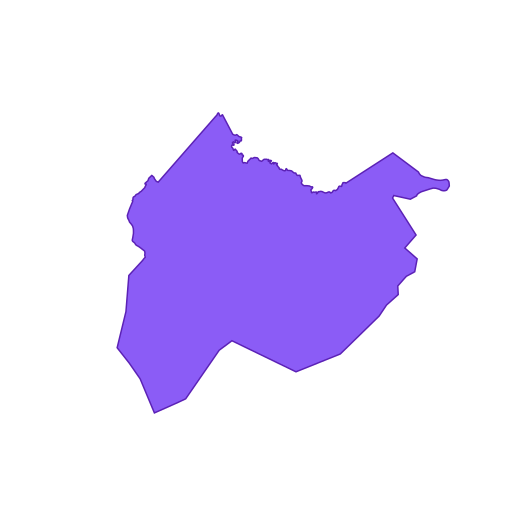 Choloma, Cortés, Honduras, rotated 312°
{"feature_id": "27666195B9794587356195", "entity_name": "Choloma", "entity_type": "district", "adm_level": 2, "iso_a3": "HND", "parent_name": "Honduras", "parent_adm1": "Cortés", "projection": "orthographic", "projection_center": [-87.878, 15.648], "detail": "fine", "context": "isolated", "style": "filled", "palette": "violet", "viewbox_px": 512, "rotation_deg": 312, "n_neighbors": 0, "source": "geoboundaries", "source_scale": "gbopen_adm2", "svg_char_len": 6010}
<svg xmlns="http://www.w3.org/2000/svg" viewBox="0 0 512 512"><g transform="rotate(312 256 256)"><path d="M350.5,384.5L361.7,377.7L361.5,361.2L378.7,360.9L390.4,318.8L390.8,318.5L392.1,318.3L393.1,317.9L401.5,332.7L408.1,335.1L409.3,334.7L410.3,334.7L411.8,335.0L413.7,335.6L415.1,336.3L422.0,340.3L423.4,341.2L424.8,342.1L425.4,342.7L426.1,343.6L426.7,344.4L427.2,345.4L428.2,347.5L428.5,348.5L428.8,349.8L429.4,350.9L429.8,351.5L430.3,352.1L431.2,352.9L431.9,353.3L432.5,353.6L433.1,353.6L436.1,353.1L437.4,352.8L439.4,350.7L440.1,349.8L440.3,349.4L440.5,348.7L440.6,348.0L440.6,347.3L440.5,346.7L440.3,346.3L439.5,345.5L437.4,344.0L435.7,342.5L434.4,340.9L432.9,338.7L432.0,337.0L429.4,331.5L428.4,330.1L427.5,328.7L427.0,327.2L426.4,325.4L426.2,324.4L426.3,323.0L426.6,321.8L427.1,320.5L424.2,288.7L370.3,274.1L370.4,273.6L370.1,273.1L369.3,272.1L368.9,271.8L368.6,271.6L368.3,271.7L367.7,271.9L366.5,272.2L365.4,272.9L365.0,273.0L364.8,272.9L364.2,271.8L364.0,271.5L363.7,271.3L363.2,271.1L362.9,271.1L361.7,271.6L361.1,271.6L360.4,271.9L359.8,271.9L357.9,271.5L357.8,271.3L357.7,270.9L357.3,270.4L357.0,270.0L356.5,269.8L355.7,269.7L354.7,269.9L354.2,269.9L353.7,269.8L352.8,269.2L352.9,267.9L352.4,267.5L352.1,267.0L350.6,266.4L349.7,265.8L349.2,265.2L348.8,264.4L348.1,262.0L347.8,261.5L347.4,260.9L346.7,260.3L346.0,259.9L345.6,259.4L343.5,259.6L343.1,259.5L342.9,259.5L342.8,259.3L342.9,259.2L343.6,258.8L344.0,258.6L344.1,258.4L344.0,258.2L343.4,257.5L342.2,256.5L341.9,255.8L340.5,255.3L340.3,255.1L340.3,254.8L340.4,254.6L341.0,254.0L341.6,252.8L341.7,252.6L342.2,252.5L343.1,252.6L344.1,252.5L344.8,252.3L345.0,252.1L345.1,251.9L345.1,251.7L345.0,251.4L344.5,251.0L344.3,250.7L344.0,249.9L343.9,249.1L343.8,248.9L342.4,246.9L340.4,244.7L340.2,243.9L340.2,242.6L340.3,241.5L340.4,241.2L340.6,240.8L341.1,240.5L341.9,240.3L342.4,240.1L342.6,239.9L342.8,239.7L343.4,238.6L343.8,237.4L344.8,235.5L345.2,235.0L345.3,234.7L345.1,234.3L343.6,232.9L343.5,232.7L343.6,231.8L344.2,230.0L343.5,229.1L343.2,228.6L343.1,227.8L343.1,226.1L343.0,225.4L342.6,224.7L342.0,223.7L341.3,222.9L340.8,222.2L340.8,221.9L341.2,220.6L341.2,220.2L340.6,220.0L339.4,220.7L339.0,220.6L338.6,220.4L338.2,219.8L337.9,219.1L337.6,218.1L337.5,217.2L337.4,216.8L337.0,216.2L336.5,216.0L336.4,215.7L336.4,215.3L336.5,214.8L336.6,214.5L337.0,214.2L337.2,211.8L337.3,211.5L337.6,211.4L337.7,211.0L337.6,210.5L337.6,210.2L338.0,210.0L338.8,210.1L339.0,209.8L338.3,208.5L338.2,208.3L338.2,207.9L338.0,207.6L337.8,207.5L336.7,207.6L336.4,207.6L336.4,207.2L336.8,206.8L337.1,206.4L337.0,206.2L336.8,206.1L335.3,206.0L334.9,205.9L334.8,205.7L334.7,205.4L334.5,204.2L334.6,203.9L334.9,203.7L336.1,203.9L336.8,203.8L337.1,203.6L337.0,203.3L336.8,202.8L336.5,202.6L335.1,202.2L334.7,202.0L334.7,201.8L334.8,201.6L335.9,201.1L336.1,201.0L336.1,200.8L335.8,200.4L335.3,200.0L334.8,198.9L334.5,198.6L333.9,198.0L333.5,197.5L332.9,197.2L330.6,196.9L330.0,196.7L329.9,196.6L329.8,196.1L329.5,195.3L329.2,194.7L329.2,194.3L329.8,192.4L329.8,191.8L329.8,191.3L329.6,191.0L329.3,190.5L328.2,189.0L327.8,188.7L327.1,188.5L326.2,188.1L325.8,187.6L325.7,187.5L325.7,187.2L325.2,186.7L324.0,186.8L322.8,186.6L322.3,186.8L321.6,186.6L321.0,186.6L319.4,187.2L319.2,187.3L318.7,186.9L318.3,186.0L317.6,184.8L317.3,184.6L316.7,184.4L316.6,184.2L316.7,183.4L317.1,182.6L319.2,180.6L319.6,180.3L320.4,180.0L321.3,180.0L321.6,179.9L322.0,179.6L322.2,179.2L322.2,178.6L321.9,178.2L322.1,177.6L322.5,177.4L322.6,177.2L322.7,176.9L322.6,176.5L322.3,176.1L321.3,175.9L320.6,175.6L320.5,175.4L320.4,174.7L320.3,172.8L320.4,172.6L320.9,172.3L321.2,171.7L321.5,169.1L321.4,169.0L321.2,168.9L319.8,168.9L319.7,168.8L319.6,168.6L319.8,168.0L320.4,167.1L320.6,166.3L320.6,165.2L320.8,164.9L321.1,164.5L321.4,164.3L321.8,164.1L322.2,164.0L322.6,164.0L322.8,164.1L322.9,164.6L323.2,165.1L323.5,165.3L323.9,165.3L324.0,165.2L324.1,163.4L324.2,163.0L324.3,162.8L324.5,162.7L325.0,162.7L325.6,162.8L325.9,163.0L325.9,163.3L325.7,164.2L325.9,164.5L326.1,164.6L326.7,164.6L327.2,164.3L327.7,163.9L327.9,163.3L328.1,163.1L328.3,163.1L328.6,163.4L328.9,163.9L329.2,164.6L329.3,165.5L329.2,165.8L328.7,165.9L328.3,165.8L328.0,165.8L327.7,165.9L327.4,166.2L327.2,166.6L327.3,166.8L327.5,167.0L328.1,167.3L329.2,167.6L331.0,167.3L331.4,167.5L331.6,167.9L331.9,167.9L332.2,167.8L332.7,167.4L333.8,166.3L334.3,166.2L334.4,165.6L334.2,165.0L333.6,163.9L333.4,163.4L333.4,161.1L333.3,160.5L333.1,160.3L332.7,160.2L332.2,160.0L331.7,159.6L331.3,158.7L330.9,157.2L338.7,136.1L338.4,136.4L337.7,136.4L336.9,136.4L336.5,136.2L336.2,135.9L336.0,135.4L336.1,135.0L336.9,133.6L337.2,132.7L337.2,132.4L336.9,132.2L336.4,132.1L335.7,132.3L335.1,132.5L334.1,132.7L333.1,132.6L245.4,133.9L245.2,133.1L244.9,132.5L244.8,131.8L245.0,130.9L245.3,129.7L245.5,128.8L245.7,128.3L246.1,127.7L246.2,127.3L246.2,124.9L246.1,124.6L245.4,124.5L244.7,124.6L243.6,124.4L242.5,124.3L241.2,124.6L240.6,124.9L240.0,125.2L239.6,125.3L235.8,124.9L235.5,125.1L235.3,125.3L235.4,125.6L235.6,125.9L235.8,126.3L235.7,126.4L235.6,126.6L235.3,126.7L233.0,127.3L232.8,127.5L232.3,127.6L227.2,127.4L225.1,126.8L224.3,127.0L224.0,127.0L221.4,125.8L219.8,126.0L218.8,125.8L218.0,125.5L217.7,125.5L217.4,125.5L216.5,126.0L215.5,126.9L215.0,126.9L214.5,126.9L214.1,127.8L213.2,128.2L211.5,128.7L210.2,129.2L207.3,130.2L206.2,130.6L200.1,133.2L199.7,133.6L198.6,134.9L198.2,135.6L197.4,137.8L196.6,139.3L196.2,142.2L195.7,144.2L195.1,145.2L194.2,146.6L192.7,148.1L190.8,149.8L187.1,152.2L185.3,153.2L184.8,153.6L184.6,154.0L184.4,154.5L184.5,156.9L184.4,157.6L184.0,158.7L183.9,159.5L184.1,160.7L184.5,162.3L184.8,165.0L184.9,166.9L185.1,169.0L185.1,169.8L185.0,170.1L184.7,170.5L183.8,171.6L182.1,172.8L181.0,174.5L180.8,174.5L178.8,174.5L176.8,174.7L156.5,174.5L127.6,196.6L94.9,214.2L91.6,233.4L87.2,252.1L71.4,285.5L95.2,296.1L102.8,299.3L161.4,291.7L176.9,294.8L196.7,363.2L239.6,384.2L293.7,387.7L306.9,385.8L322.5,387.5L328.6,381.4L341.5,381.3L350.5,384.5Z" fill="#8b5cf6" stroke="#5b21b6" stroke-width="1.5"/></g></svg>